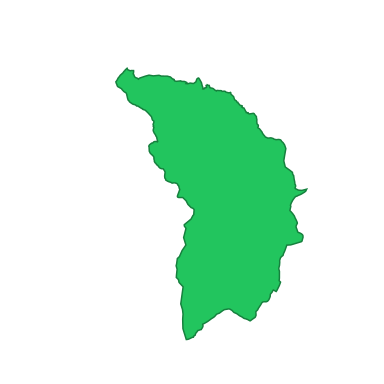 outline of Bistra, Alba, Romania, rotated 139°
{"feature_id": "2599482B44992285176007", "entity_name": "Bistra", "entity_type": "district", "adm_level": 2, "iso_a3": "ROU", "parent_name": "Romania", "parent_adm1": "Alba", "projection": "natural_earth1", "projection_center": [23.133, 46.419], "detail": "fine", "context": "isolated", "style": "filled", "palette": "green", "viewbox_px": 384, "rotation_deg": 139, "n_neighbors": 0, "source": "geoboundaries", "source_scale": "gbopen_adm2", "svg_char_len": 5922}
<svg xmlns="http://www.w3.org/2000/svg" viewBox="0 0 384 384"><g transform="rotate(139 192 192)"><path d="M172.9,326.5L175.4,325.5L177.2,325.1L178.0,323.3L178.2,322.2L178.7,321.5L178.8,321.0L178.8,320.6L178.9,320.3L177.4,316.1L177.6,315.3L177.5,312.6L177.2,311.4L176.8,310.4L176.8,309.8L177.4,308.0L177.8,307.6L178.1,306.9L179.0,305.3L179.9,303.3L179.8,302.2L180.0,301.1L179.8,300.0L179.1,297.3L178.4,296.1L177.6,295.0L177.5,294.7L177.4,293.5L177.3,293.1L176.5,292.5L175.2,288.0L174.7,287.3L174.9,286.8L174.8,286.4L173.8,284.8L173.6,284.1L173.3,280.9L173.2,275.8L173.3,275.1L174.3,273.1L174.6,272.3L174.6,271.8L174.2,270.8L174.3,270.6L174.8,269.9L175.7,269.2L176.5,268.9L177.1,268.4L177.3,268.2L177.3,267.5L178.0,267.1L178.3,266.8L178.2,266.0L178.3,265.8L179.3,265.3L179.6,264.8L180.5,264.4L180.9,263.9L181.3,263.1L181.5,262.2L181.8,261.6L182.1,259.0L182.5,258.1L182.5,257.4L182.9,256.0L183.3,255.6L183.4,255.2L183.8,254.6L184.8,252.6L185.1,252.5L185.3,252.6L185.6,253.3L186.0,253.7L187.2,254.7L187.9,254.9L189.3,254.8L189.6,254.8L190.0,255.2L190.5,255.4L192.9,255.5L193.5,255.4L194.0,255.1L194.5,255.0L194.9,254.1L197.5,250.8L198.1,248.4L197.7,245.0L197.8,243.7L198.2,242.8L199.0,242.0L199.8,240.4L200.4,239.7L200.7,238.2L200.5,237.4L200.8,235.7L200.4,234.8L200.6,232.4L200.5,231.2L199.9,229.8L198.5,228.3L198.9,225.8L199.3,224.6L202.2,222.0L203.3,220.4L203.4,219.9L203.3,219.3L203.9,218.5L203.9,217.9L203.2,215.9L203.0,215.4L201.6,213.1L201.4,212.2L201.1,211.7L199.7,210.8L198.8,210.0L198.1,208.7L197.7,207.7L198.2,206.1L198.0,205.8L198.0,205.4L199.1,203.3L199.6,201.9L205.4,198.7L206.1,198.0L206.1,197.3L205.6,196.5L202.6,193.9L202.2,189.3L203.2,185.3L202.9,180.8L202.0,179.1L201.9,177.4L205.5,173.8L206.9,173.6L210.4,172.2L219.3,172.4L220.1,171.4L220.4,168.5L228.2,163.1L231.4,156.0L237.9,154.3L243.8,151.5L246.7,151.4L250.7,147.9L252.4,146.7L253.9,143.5L258.1,139.6L259.9,137.8L259.7,134.8L261.1,132.2L260.9,126.3L273.9,114.9L276.3,109.5L278.9,105.7L282.5,102.1L288.5,94.8L293.1,84.4L292.1,83.7L290.9,83.1L287.1,82.1L286.4,81.6L286.2,81.5L285.1,82.1L283.8,81.9L283.4,81.9L282.5,82.6L281.8,82.9L279.9,83.2L278.8,83.6L278.3,83.6L277.7,83.1L276.9,83.0L275.5,82.2L275.1,82.1L274.5,82.5L273.3,82.7L272.1,83.3L271.4,83.9L270.8,85.1L270.6,85.2L268.8,84.7L265.2,84.0L260.2,83.6L257.8,83.2L256.4,83.2L253.7,83.6L252.6,83.3L250.8,82.6L249.5,82.5L246.6,82.3L244.8,82.0L241.2,79.8L240.7,79.4L240.2,78.6L240.0,78.1L239.9,77.5L239.5,76.6L239.4,74.2L239.3,73.4L238.3,71.4L237.9,70.3L237.3,67.4L236.3,65.0L235.7,62.6L235.5,62.2L234.7,61.1L233.6,59.1L232.8,56.8L232.6,56.6L232.2,56.5L230.2,56.4L226.7,56.0L226.0,56.2L224.5,57.0L222.8,59.2L222.2,59.8L221.7,59.9L220.3,59.9L219.7,60.0L218.1,60.7L214.1,61.8L212.2,62.5L211.2,62.6L210.4,62.4L209.6,61.9L208.1,60.5L207.0,60.1L206.5,60.0L204.6,60.3L202.5,61.3L201.5,61.9L200.4,63.0L199.8,63.5L197.5,63.8L195.2,64.7L194.8,64.6L193.8,61.7L192.5,62.0L187.5,64.1L184.3,65.9L184.4,67.9L182.5,69.7L178.1,74.7L177.8,75.2L177.0,77.0L176.0,77.9L174.0,79.3L171.9,81.4L170.7,82.9L168.3,84.3L167.9,84.4L166.6,84.5L164.9,84.4L163.3,85.5L160.6,86.7L155.3,89.7L152.3,87.4L151.3,86.9L142.2,82.8L141.7,82.7L141.2,82.8L137.9,85.0L137.5,85.5L136.9,86.3L136.7,86.9L136.7,87.6L136.8,88.4L137.2,89.7L138.3,91.9L138.4,92.4L138.2,93.0L137.4,94.8L136.7,96.7L136.4,97.4L135.6,98.1L134.9,98.5L133.0,99.3L132.5,100.1L131.6,103.0L131.2,104.8L130.5,106.7L130.2,109.6L130.2,112.2L130.3,113.8L126.9,116.3L126.7,116.6L126.5,117.3L126.3,117.5L124.2,118.6L121.4,119.7L119.0,120.3L117.0,120.6L116.5,120.5L115.6,120.0L114.7,119.9L111.7,118.9L110.4,118.6L107.4,118.1L105.7,118.0L103.6,118.9L108.0,121.1L110.4,123.5L111.8,126.8L111.5,127.5L109.9,128.4L109.3,129.4L109.2,130.3L107.7,132.5L106.5,134.7L104.5,137.7L104.4,139.2L103.3,141.0L104.0,144.6L105.2,149.7L102.3,155.3L98.6,158.4L92.7,163.2L91.2,166.9L90.9,169.5L91.1,171.1L91.1,171.7L90.9,172.5L91.0,173.2L91.2,173.6L92.0,174.7L94.3,176.4L94.9,177.4L95.3,177.8L95.7,179.3L96.9,181.1L99.4,182.9L99.7,183.3L99.8,184.1L100.6,185.2L100.4,186.8L100.5,187.8L100.3,188.7L100.4,189.8L99.9,191.0L99.8,191.4L99.8,192.3L99.7,193.0L99.6,195.4L99.7,195.9L100.1,196.9L100.1,197.3L99.9,197.6L99.1,197.9L98.4,198.5L98.1,199.1L98.2,200.8L98.1,201.1L97.0,202.4L96.7,203.1L95.8,203.7L95.6,204.0L95.3,204.7L95.0,205.0L94.8,205.7L94.1,206.3L93.9,207.0L93.9,209.3L93.7,210.2L93.9,210.9L94.3,211.3L96.3,212.5L97.6,213.4L98.1,214.5L97.7,214.6L97.6,215.0L97.9,215.2L98.9,216.2L98.5,216.6L98.7,216.9L97.7,221.3L98.3,222.1L98.6,222.8L98.7,223.4L97.7,223.8L97.6,224.0L98.2,225.1L98.7,225.5L98.8,226.0L98.8,227.9L98.9,228.8L98.5,229.5L99.1,230.6L98.8,231.4L98.8,232.0L99.2,233.1L99.2,233.5L99.1,234.2L98.0,236.8L98.1,237.3L98.4,240.3L98.3,240.6L97.7,241.3L97.6,241.6L97.6,241.9L98.7,242.4L99.1,242.6L100.8,245.0L100.9,246.0L101.1,246.5L102.0,247.3L103.3,248.2L103.3,249.0L103.7,249.6L104.8,250.5L106.4,252.2L107.4,252.3L107.5,253.2L107.9,253.8L108.0,255.3L108.2,256.2L108.4,256.7L109.8,258.6L110.1,259.1L109.6,259.9L109.1,261.2L110.0,262.2L110.2,263.0L110.9,262.7L111.5,263.1L111.8,262.6L112.3,261.5L113.2,261.6L114.0,262.2L115.0,261.9L115.6,262.1L116.2,262.8L115.3,263.5L114.7,265.3L113.1,268.4L112.3,272.3L112.2,273.6L112.6,274.0L114.1,274.1L114.6,273.9L116.7,272.6L119.2,272.8L119.8,273.0L122.0,275.5L122.8,275.8L124.2,276.5L125.4,277.8L124.1,278.1L125.1,280.3L127.5,282.5L127.6,282.8L127.5,283.2L127.6,283.3L128.1,283.6L131.2,285.8L132.1,287.0L132.1,287.6L132.1,288.3L131.7,288.6L131.8,288.8L131.9,289.3L132.3,289.5L132.5,290.1L132.8,292.9L134.6,295.6L139.1,299.6L140.3,301.7L145.0,305.0L147.8,308.4L151.1,310.0L155.7,311.9L157.0,312.4L157.7,312.4L158.4,312.3L158.6,313.7L159.4,315.1L159.6,315.9L159.7,316.7L158.8,319.2L158.9,319.8L158.0,320.3L156.8,321.4L156.4,322.0L158.1,323.5L159.1,324.0L160.2,326.3L160.2,326.7L159.9,327.6L159.8,328.0L162.5,327.9L163.3,327.6L164.1,327.7L166.0,327.2L167.0,327.2L169.5,327.2L171.4,326.7L172.9,326.5Z" fill="#22c55e" stroke="#15803d" stroke-width="1.5"/></g></svg>